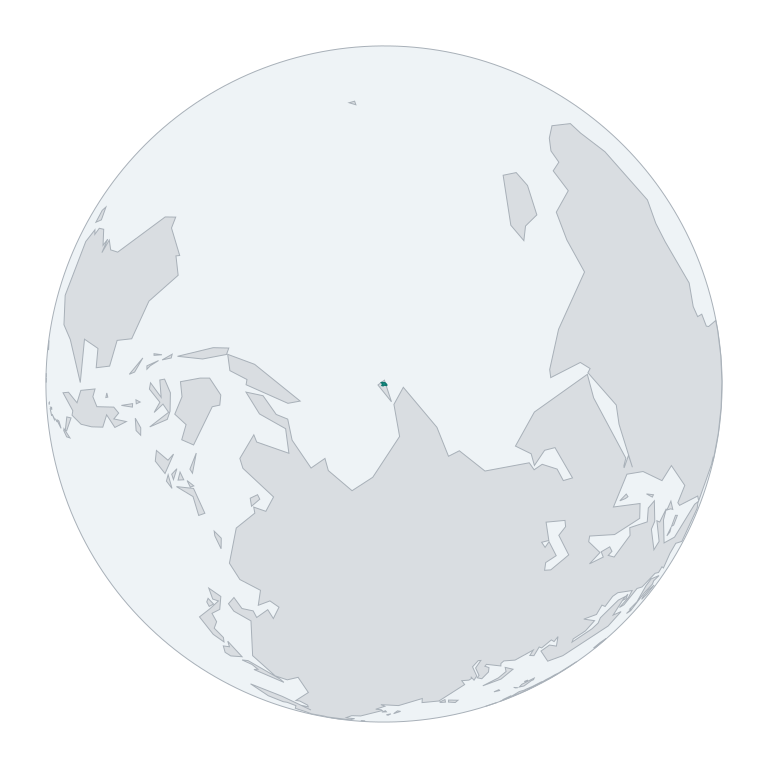 Ratnapura on an orthographic globe, rotated 165°
{"feature_id": "LKA-2463", "entity_name": "Ratnapura", "entity_type": "District", "adm_level": 1, "iso_a3": "LKA", "parent_name": "Sri Lanka", "parent_adm1": "", "projection": "orthographic", "projection_center": [80.592, 6.578], "detail": "fine", "context": "on_globe", "style": "filled", "palette": "teal", "viewbox_px": 768, "rotation_deg": 165, "n_neighbors": 0, "source": "natural_earth", "source_scale": "10m", "svg_char_len": 9094}
<svg xmlns="http://www.w3.org/2000/svg" viewBox="0 0 768 768"><g transform="rotate(165 384 384)"><circle cx="384" cy="384" r="338" fill="#eef3f6" stroke="#a8b0b8"/><path d="M521.4,75.3L518.5,74.1L525.0,77.1L503.7,68.4L515.0,72.5L514.9,72.5L521.4,75.3ZM492.7,64.4L489.4,63.5L490.2,63.5L492.7,64.4ZM85.1,226.4L110.3,189.7L110.0,194.6L129.9,190.3L130.9,193.3L119.7,208.2L127.5,230.8L140.5,218.7L156.4,232.4L172.7,234.0L194.2,205.8L167.6,202.3L171.8,188.0L200.2,178.9L224.7,183.9L227.1,178.7L219.0,165.3L232.1,157.1L217.0,160.1L217.6,165.7L208.1,168.3L207.1,163.4L211.8,160.4L206.5,157.3L185.5,174.1L183.8,181.6L165.4,182.7L160.8,195.8L153.1,201.2L158.0,181.3L163.3,174.6L166.2,154.0L159.0,160.8L155.8,181.3L153.4,179.3L143.6,190.5L149.2,180.4L154.6,158.0L143.0,160.9L115.1,187.4L111.1,189.1L113.7,182.9L137.0,154.9L143.4,154.6L151.7,146.3L161.7,134.0L162.8,135.5L167.6,130.9L171.2,131.0L187.2,121.2L192.5,121.0L209.4,108.6L214.4,107.2L203.0,114.6L197.8,120.3L212.2,121.9L218.1,119.7L228.0,111.9L230.7,114.0L238.4,106.4L251.9,105.2L241.9,100.9L253.3,93.4L267.2,88.8L269.2,86.0L246.5,93.7L239.0,97.7L235.5,102.2L213.6,114.6L206.4,116.2L222.5,101.5L213.9,102.8L230.2,92.2L281.6,75.3L297.6,73.9L301.5,85.4L291.7,89.0L285.3,86.2L281.3,95.0L286.4,91.2L288.6,93.5L300.0,88.3L302.2,89.8L309.5,82.8L313.4,84.0L308.7,88.4L328.9,83.4L339.9,85.5L343.4,83.8L344.1,81.4L357.6,86.7L359.6,85.3L356.0,82.9L357.6,78.8L365.8,74.0L370.0,76.1L367.6,78.0L369.0,86.0L362.0,91.9L364.6,92.4L371.7,87.9L370.0,78.0L373.7,74.6L375.9,78.8L375.4,77.0L378.6,76.0L385.7,77.3L383.9,72.8L413.0,63.6L429.7,66.4L428.4,70.3L453.2,69.6L470.0,75.1L466.6,72.5L476.2,72.0L471.1,70.1L470.2,69.0L492.5,69.4L501.0,72.0L506.8,71.5L505.0,70.5L499.0,68.4L503.7,68.4L525.0,77.1L527.9,78.8L539.3,84.1L544.2,87.6L553.6,93.7L552.3,96.1L559.9,101.6L563.5,103.2L576.4,112.8L590.5,128.9L563.1,108.6L538.9,88.0L547.4,95.2L540.7,91.8L540.9,93.6L547.3,99.5L551.0,101.1L536.9,105.6L542.9,122.9L554.0,123.3L564.6,130.2L581.2,155.6L573.8,189.6L587.8,203.4L591.1,212.0L584.2,216.6L579.3,203.9L569.1,198.7L567.4,191.4L554.7,196.1L551.6,186.1L543.2,195.6L550.3,204.0L562.7,202.8L556.7,216.7L573.8,232.4L579.7,250.9L564.0,283.1L542.2,292.7L541.7,298.8L531.1,291.6L519.9,303.5L542.1,339.1L542.5,349.4L522.9,368.6L522.0,360.9L493.8,341.7L490.6,366.3L512.0,387.3L519.4,411.9L503.9,404.0L496.0,382.5L486.1,375.0L487.3,353.5L476.2,321.7L460.3,327.4L460.2,314.8L442.5,289.2L419.0,296.8L382.5,329.3L379.7,361.7L366.2,375.8L344.1,328.5L340.4,297.5L328.5,300.0L309.0,273.8L264.1,270.3L261.2,262.3L252.0,265.5L238.8,257.0L235.8,244.3L226.2,244.5L235.3,278.3L246.0,278.4L259.8,266.4L259.9,278.5L273.1,290.0L246.0,318.0L185.1,340.7L185.1,316.3L169.6,249.8L173.4,243.0L173.6,242.2L173.8,240.8L166.3,251.8L165.6,239.3L167.4,284.2L165.1,303.6L184.1,342.1L180.9,345.6L188.8,354.0L221.3,347.0L220.2,355.1L201.2,391.7L161.3,440.3L170.1,475.8L173.1,505.4L156.0,523.0L165.4,546.1L157.7,553.0L162.4,565.9L160.7,578.7L154.9,590.0L136.6,587.3L129.2,575.5L110.5,551.2L81.9,493.6L79.9,468.8L75.6,448.7L63.1,402.6L65.3,378.7L63.6,367.9L59.0,369.2L57.7,356.5L55.6,355.5L47.2,359.5L47.8,349.8L51.4,324.1L57.0,298.8L64.5,274.0L73.9,249.8L85.1,226.4ZM88.0,222.5L84.7,228.6L88.0,222.5ZM244.5,205.4L263.2,208.6L265.3,190.2L272.7,190.3L270.7,184.5L265.4,189.0L262.1,173.6L274.0,169.7L277.1,162.5L271.0,161.3L249.8,171.1L254.3,192.6L245.5,199.2L244.5,205.4ZM190.9,109.3L188.4,112.0L181.7,116.7L175.1,119.9L184.8,112.7L190.9,109.3ZM186.6,115.0L204.4,101.2L209.2,99.6L203.5,102.6L204.9,103.0L196.0,108.2L183.2,121.3L176.5,126.6L167.9,127.8L174.5,124.1L176.5,121.2L186.6,115.0ZM249.2,74.1L249.6,74.9L242.2,78.3L235.2,80.8L239.7,78.5L241.4,77.7L248.4,74.5L249.2,74.1ZM354.3,47.4L343.9,48.6L349.5,48.1L350.3,48.5L342.1,50.0L341.6,49.4L332.9,51.9L327.3,52.0L326.7,52.3L319.1,53.4L308.9,55.6L307.6,55.5L304.2,56.5L299.1,57.6L293.9,59.0L289.9,59.7L283.2,61.8L285.1,61.0L274.7,64.5L280.6,62.4L274.6,64.3L272.1,65.3L269.7,66.0L297.4,57.4L325.6,51.2L354.3,47.4ZM369.2,46.4L366.2,46.6L357.6,47.1L358.0,47.1L369.2,46.4ZM137.5,188.1L139.3,189.2L143.3,189.1L137.2,196.6L137.5,188.1ZM140.7,172.8L143.1,172.1L136.4,181.7L134.6,181.2L140.7,172.8ZM150.1,164.1L143.7,171.4L146.1,167.1L150.1,164.1ZM205.8,114.0L209.0,113.3L207.2,115.2L202.8,117.9L205.8,114.0ZM315.0,61.1L316.1,59.7L318.5,59.3L326.9,56.1L331.7,56.3L328.5,58.3L315.0,61.1ZM186.5,210.1L178.5,215.0L177.5,212.0L180.4,210.9L186.5,210.1ZM154.1,205.3L158.9,209.9L152.4,207.3L154.1,205.3ZM321.6,60.8L324.6,59.3L325.1,60.4L321.6,60.8ZM335.6,56.4L337.3,57.4L333.3,56.0L335.6,56.4ZM338.9,661.0L344.9,664.7L339.2,664.8L338.9,661.0ZM220.4,504.5L214.9,554.8L201.6,554.0L194.0,538.6L192.6,507.8L206.4,500.0L211.8,486.3L220.4,504.5ZM590.9,469.7L598.7,471.2L598.3,472.8L590.9,469.7ZM582.8,464.2L592.1,464.7L580.9,467.6L582.8,464.2ZM595.7,465.0L605.1,462.1L609.2,459.6L608.3,462.9L595.7,465.0ZM576.3,464.2L539.6,463.3L524.6,458.9L528.5,453.3L552.7,455.1L576.3,464.2ZM527.3,453.1L503.9,436.5L469.4,389.2L481.8,390.2L517.4,419.0L515.2,423.8L529.4,436.8L527.3,453.1ZM582.4,424.0L580.0,438.9L560.1,437.3L550.9,434.8L544.5,415.6L548.1,406.1L555.8,406.5L583.7,374.4L593.8,382.5L585.7,396.0L593.9,409.0L582.4,424.0ZM381.4,364.9L390.1,384.6L382.6,387.6L381.4,364.9ZM593.5,352.0L583.2,365.9L592.1,347.4L593.5,352.0ZM597.8,334.6L599.2,341.7L594.1,334.8L597.8,334.6ZM542.8,308.3L534.8,309.8L533.8,304.9L543.6,300.2L542.8,308.3ZM584.0,267.0L586.7,281.1L586.1,285.8L581.1,277.2L584.0,267.0ZM366.7,66.9L349.6,70.5L340.5,74.7L340.3,78.9L333.2,75.1L347.3,68.7L366.7,66.9ZM406.8,63.4L406.9,60.8L411.7,61.7L412.4,62.4L406.8,63.4ZM403.4,62.0L394.4,59.4L397.6,57.9L404.1,60.1L403.4,62.0ZM357.5,58.2L352.1,59.0L351.7,58.0L357.5,58.2ZM606.8,626.9L614.5,615.7L620.4,614.8L611.2,624.7L606.8,626.9ZM607.1,580.3L552.1,602.0L542.0,599.1L548.9,589.7L548.1,561.0L551.8,561.6L554.7,542.3L589.6,524.9L616.0,493.0L630.5,495.2L644.4,472.3L657.8,474.2L651.1,492.4L661.7,504.8L677.0,464.0L675.5,508.1L677.8,524.1L669.0,552.2L635.2,598.8L623.3,607.8L624.6,603.4L618.7,608.1L614.7,606.0L619.5,590.7L613.4,595.4L622.5,583.9L612.1,594.1L613.3,584.3L607.1,580.3ZM699.2,503.6L699.1,504.9L696.4,512.8L696.8,511.2L699.2,503.6ZM708.4,478.1L707.7,480.9L707.4,481.9L708.4,478.1ZM708.6,477.1L709.9,472.8L708.7,477.2L708.6,477.1ZM711.9,452.9L712.7,450.7L712.5,452.5L711.9,452.9ZM610.2,471.6L621.8,460.1L627.5,459.3L610.2,471.6ZM712.1,448.0L711.1,447.5L711.5,445.1L712.1,448.0ZM713.0,442.5L713.3,439.2L712.8,447.1L713.0,442.5ZM711.6,434.9L712.4,440.9L711.3,435.6L711.6,434.9ZM710.5,435.6L709.5,432.9L709.6,431.9L710.5,435.6ZM691.5,438.7L696.3,458.6L690.9,457.7L685.4,445.3L678.5,456.3L664.4,454.0L668.5,447.1L667.2,436.4L651.0,431.6L647.8,424.6L654.0,420.2L642.6,414.4L655.2,411.7L659.9,426.0L666.8,415.1L677.5,418.3L687.0,423.5L693.4,434.6L691.5,438.7ZM654.2,442.8L656.2,442.9L654.1,447.1L654.2,442.8ZM707.4,424.7L708.9,431.9L708.5,433.6L707.6,432.4L707.4,424.7ZM695.1,432.2L702.6,421.0L704.0,421.3L698.9,434.3L695.1,432.2ZM701.3,413.2L704.2,415.1L705.4,421.9L704.7,423.7L701.3,413.2ZM628.4,429.0L627.7,432.9L624.2,429.7L628.4,429.0ZM633.0,426.8L643.2,431.3L631.9,430.1L633.0,426.8ZM599.4,412.4L602.7,421.8L613.4,416.0L605.2,424.4L611.9,439.8L609.2,445.6L602.7,428.8L599.5,445.9L594.7,445.5L592.6,430.8L597.7,413.1L602.5,405.9L621.4,403.2L599.4,412.4ZM633.1,415.4L630.3,404.6L632.3,397.5L635.5,403.2L633.1,415.4ZM621.0,378.7L612.4,366.3L605.4,370.8L618.7,354.2L624.9,368.7L621.0,378.7ZM612.4,351.8L606.0,355.8L612.1,346.2L612.4,351.8ZM603.8,351.7L602.2,343.3L607.8,344.5L603.8,351.7ZM616.0,352.2L615.8,338.0L619.3,346.5L616.0,352.2ZM597.6,324.7L611.0,338.6L595.0,332.4L590.5,305.5L597.0,305.0L597.6,324.7ZM609.4,222.5L605.6,215.6L610.4,214.4L611.6,219.4L609.4,222.5ZM622.5,206.8L610.4,211.9L600.1,217.3L605.1,220.6L606.1,232.2L596.6,221.0L601.0,208.8L609.5,207.0L607.2,197.7L611.2,192.1L604.7,180.7L605.3,176.3L613.7,186.3L622.5,206.8ZM601.5,176.0L591.7,157.3L602.4,161.0L606.9,165.9L607.0,172.6L601.3,170.2L601.5,176.0ZM592.5,154.2L586.9,152.0L560.8,126.0L557.9,121.7L583.5,141.9L579.6,141.1L584.1,147.3L592.5,154.2ZM492.4,64.6L489.7,63.6L493.5,64.8L492.4,64.6ZM467.1,68.0L466.5,66.7L471.0,67.7L467.1,68.0ZM467.3,63.9L462.7,63.6L465.8,63.0L467.3,63.9ZM452.7,63.5L460.0,63.1L455.6,64.8L452.7,63.5Z" fill="#d9dde1" stroke="#a8b0b8" stroke-width="1"/><path d="M386.0,383.4L385.9,383.5L385.7,383.8L385.6,384.2L385.5,384.3L385.4,384.5L385.5,385.0L385.6,385.3L385.8,385.4L385.9,385.5L386.0,385.8L386.1,386.0L385.9,386.0L385.7,386.0L385.6,385.9L385.4,385.8L385.2,385.8L384.8,385.7L384.5,385.6L384.4,385.5L384.4,385.4L384.2,385.4L384.1,385.2L383.8,385.1L383.7,385.1L383.4,385.2L383.1,385.1L382.9,385.0L382.8,384.9L382.6,384.5L382.3,384.2L382.3,383.9L382.2,383.8L382.1,383.7L381.8,383.3L381.7,383.2L381.6,382.7L381.6,382.3L381.6,382.2L381.8,382.0L382.1,382.2L382.2,382.3L382.3,382.4L382.6,382.5L382.8,382.4L383.0,382.4L383.2,382.5L383.3,382.5L383.5,382.6L383.4,382.7L383.5,382.8L384.0,382.9L384.3,383.0L384.4,382.9L384.6,382.9L384.8,382.9L385.3,382.7L385.3,383.0L385.3,382.9L385.5,383.0L385.3,383.2L385.3,383.3L385.5,383.5L385.7,383.4L385.9,383.4L386.0,383.4Z" fill="#14b8a6" stroke="#0f766e" stroke-width="1.5"/></g></svg>